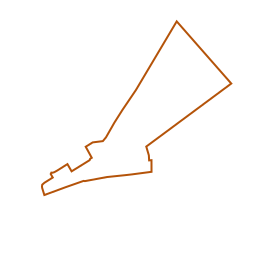 Ksar, Nouakchott, Mauritania, rotated 49°
{"feature_id": "47542326B19939520283708", "entity_name": "Ksar", "entity_type": "district", "adm_level": 2, "iso_a3": "MRT", "parent_name": "Mauritania", "parent_adm1": "Nouakchott", "projection": "natural_earth1", "projection_center": [-15.967, 18.123], "detail": "fine", "context": "isolated", "style": "outline", "palette": "amber", "viewbox_px": 256, "rotation_deg": 49, "n_neighbors": 0, "source": "geoboundaries", "source_scale": "gbopen_adm2", "svg_char_len": 641}
<svg xmlns="http://www.w3.org/2000/svg" viewBox="0 0 256 256"><g transform="rotate(49 128 128)"><path d="M131.8,213.8L138.8,196.2L139.8,195.4L151.3,175.9L152.3,174.5L162.0,160.7L165.5,155.6L176.5,139.0L167.7,131.4L166.3,133.3L162.3,130.2L154.0,126.4L162.2,20.9L79.5,21.3L104.5,97.0L110.7,120.3L115.0,134.7L120.6,150.7L121.4,155.6L115.7,164.1L114.4,172.2L126.7,174.9L126.4,176.7L127.1,178.1L123.7,199.0L115.5,197.4L113.7,209.2L113.0,212.6L112.2,214.4L111.4,215.1L112.0,216.5L116.0,217.3L115.0,223.8L114.5,227.0L114.5,228.3L114.5,229.9L115.7,231.3L116.9,232.1L123.7,235.1L131.8,213.8Z" fill="none" stroke="#b45309" stroke-width="2"/></g></svg>